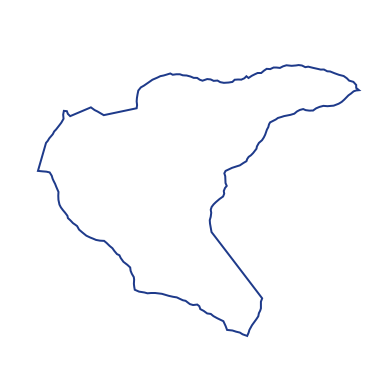 outline of Tapejara, Paraná, Brazil, rotated 96°
{"feature_id": "56859067B72466518477153", "entity_name": "Tapejara", "entity_type": "district", "adm_level": 2, "iso_a3": "BRA", "parent_name": "Brazil", "parent_adm1": "Paraná", "projection": "natural_earth1", "projection_center": [-52.903, -23.641], "detail": "fine", "context": "isolated", "style": "outline", "palette": "blue", "viewbox_px": 384, "rotation_deg": 96, "n_neighbors": 0, "source": "geoboundaries", "source_scale": "gbopen_adm2", "svg_char_len": 2957}
<svg xmlns="http://www.w3.org/2000/svg" viewBox="0 0 384 384"><g transform="rotate(96 192 192)"><path d="M329.4,122.1L326.0,121.0L323.2,120.5L318.2,118.4L311.6,114.6L308.7,113.1L305.5,112.8L302.9,111.8L300.5,111.3L293.9,112.0L290.4,111.1L253.2,146.2L234.4,164.0L229.8,168.4L221.5,170.8L218.1,171.4L214.8,170.8L210.7,170.7L207.7,171.5L204.8,170.9L202.0,169.2L199.6,167.2L196.1,163.9L193.2,160.6L190.3,159.8L187.7,160.5L184.6,159.6L182.3,158.1L179.6,159.6L172.8,160.6L170.0,161.8L167.5,160.8L163.8,154.7L161.7,150.0L160.5,147.2L157.6,143.7L155.7,141.1L153.3,140.5L151.1,139.3L149.4,137.3L146.9,135.3L142.2,132.4L139.9,132.2L136.2,130.6L133.2,127.8L130.3,126.3L127.3,125.2L122.1,124.0L119.5,122.9L116.7,122.5L114.6,121.6L111.1,116.2L109.4,114.3L108.1,111.1L106.9,108.4L105.0,102.2L103.4,98.4L100.9,96.0L99.1,93.3L97.9,90.1L98.7,87.5L98.8,83.9L98.3,80.1L95.8,77.3L94.0,74.0L92.6,70.3L92.5,66.2L91.3,60.1L88.9,55.4L86.8,52.6L84.3,50.3L81.4,48.0L79.5,46.5L77.5,44.2L75.0,41.8L73.9,39.5L73.3,36.6L71.3,39.6L68.4,39.9L65.6,43.0L64.8,47.4L62.7,49.9L60.8,53.3L60.1,58.1L59.0,62.6L57.7,67.2L57.8,70.1L56.4,73.6L56.8,76.8L56.4,80.0L55.9,84.4L55.2,89.5L56.0,92.4L54.7,95.9L54.6,99.2L55.3,101.9L56.1,106.1L56.1,111.3L57.5,114.6L59.4,117.5L59.4,120.9L59.7,123.9L61.6,127.1L61.7,130.6L63.8,133.1L66.4,135.6L66.8,139.2L68.4,141.9L70.2,144.7L72.7,147.7L71.2,150.0L73.4,151.8L75.1,154.7L75.3,157.9L75.9,161.3L78.3,163.3L79.3,167.0L80.1,171.7L79.8,175.4L78.5,178.3L79.2,182.1L78.1,185.2L78.1,188.7L80.2,193.2L79.5,196.1L78.0,198.8L78.3,202.3L77.3,205.6L76.7,209.5L76.9,213.3L76.2,216.3L76.6,220.1L77.4,223.4L76.4,226.0L77.9,229.5L79.1,232.4L80.1,235.6L81.8,238.3L84.5,243.1L87.8,246.9L91.3,251.0L93.3,253.8L96.7,256.0L100.8,256.4L104.4,256.6L107.7,256.5L111.3,255.7L114.5,255.8L124.8,287.8L121.8,294.4L120.7,297.4L118.4,301.4L129.3,321.1L127.3,323.6L124.7,324.9L124.7,327.9L128.6,328.2L132.6,327.4L136.7,329.2L140.0,331.2L144.0,333.7L146.2,335.4L149.1,336.5L153.6,339.6L156.2,340.8L158.4,342.3L187.1,347.4L187.1,343.5L187.0,338.9L187.4,335.6L190.5,333.2L193.4,332.0L195.6,330.7L198.2,329.0L201.1,327.5L205.9,324.8L209.7,324.6L213.8,324.0L218.4,322.5L221.0,320.8L223.6,318.4L225.9,316.0L228.7,313.4L230.9,312.7L232.9,310.0L235.4,307.1L236.6,304.9L237.9,302.7L241.2,300.4L243.7,296.8L246.5,292.5L247.9,288.5L248.8,285.3L249.7,282.4L250.0,278.4L249.8,274.3L251.6,271.6L254.3,268.2L256.2,265.3L258.7,263.1L261.6,260.1L262.5,257.6L265.1,256.0L268.6,252.9L271.3,248.5L273.5,245.6L276.8,244.8L279.6,243.3L282.7,241.0L285.2,240.4L289.4,240.2L292.5,239.5L295.2,238.7L296.6,234.3L296.9,228.8L297.4,225.7L296.7,222.0L296.3,218.0L296.4,211.3L297.7,204.2L298.2,199.9L298.4,196.1L299.4,193.3L300.6,189.8L300.9,187.0L303.7,182.4L304.3,179.1L303.4,175.0L304.8,172.8L307.6,171.5L309.0,168.0L311.2,164.2L311.3,160.6L313.2,157.7L314.9,153.7L317.2,147.3L321.7,144.6L325.5,142.7L325.5,137.3L326.3,133.5L326.8,129.7L328.2,126.9L329.4,122.1Z" fill="none" stroke="#1e3a8a" stroke-width="2"/></g></svg>